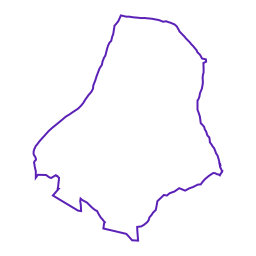 the district of Uhunmwonde, Edo, Nigeria
{"feature_id": "59680162B15998169506024", "entity_name": "Uhunmwonde", "entity_type": "district", "adm_level": 2, "iso_a3": "NGA", "parent_name": "Nigeria", "parent_adm1": "Edo", "projection": "mercator", "projection_center": [5.917, 6.501], "detail": "fine", "context": "isolated", "style": "outline", "palette": "violet", "viewbox_px": 256, "rotation_deg": 0, "n_neighbors": 0, "source": "geoboundaries", "source_scale": "gbopen_adm2", "svg_char_len": 2837}
<svg xmlns="http://www.w3.org/2000/svg" viewBox="0 0 256 256"><path d="M120.9,15.4L118.4,21.0L116.9,23.0L114.5,25.8L113.2,34.2L112.2,36.7L111.2,40.9L109.5,42.7L108.1,45.5L107.1,48.7L106.4,51.5L105.4,55.5L103.7,58.3L103.4,59.5L102.6,61.2L101.9,64.8L99.5,68.5L97.4,74.1L96.7,75.9L95.4,80.1L93.3,85.5L93.0,88.7L91.3,91.9L88.5,95.1L85.5,99.3L83.1,103.2L81.4,105.3L78.3,108.5L76.2,109.9L75.6,110.3L72.8,112.1L69.4,114.5L65.7,116.7L63.6,118.5L61.6,120.2L51.7,128.3L50.8,129.1L48.6,131.1L44.5,135.7L42.2,138.2L40.4,140.2L39.4,141.4L38.1,143.1L37.0,144.6L35.7,146.0L35.0,147.7L34.3,149.1L33.6,151.6L33.6,153.4L33.7,154.4L34.3,155.5L35.4,157.2L36.0,159.3L35.6,160.3L34.7,161.0L34.0,162.5L34.4,164.2L34.7,166.3L35.1,168.4L35.8,171.1L35.8,172.0L35.8,177.7L37.9,174.8L46.1,175.0L46.9,175.6L49.2,177.3L51.1,178.0L55.8,175.2L56.5,176.0L57.1,175.9L57.4,176.1L58.1,177.0L58.6,177.4L59.0,177.7L58.8,180.7L58.7,181.2L58.1,186.7L57.7,188.6L58.7,188.8L53.5,194.8L52.9,195.5L62.5,201.3L78.0,210.6L81.1,211.1L80.8,205.2L80.6,203.5L80.2,201.2L80.6,198.6L82.2,200.0L87.0,202.6L91.3,206.9L93.0,208.4L95.3,210.2L97.0,210.9L98.3,213.4L99.3,215.2L100.9,217.7L102.6,219.5L103.6,220.9L104.9,222.3L104.1,223.2L103.4,228.5L126.4,233.9L132.1,240.3L138.1,240.6L137.3,230.5L137.2,226.9L139.5,226.6L141.3,226.4L144.0,224.8L147.4,222.0L148.7,220.0L149.5,217.3L151.6,214.9L152.9,212.8L155.3,210.4L155.7,210.1L156.1,208.5L157.4,201.2L160.4,198.3L161.7,197.1L163.8,195.0L166.9,195.5L169.7,193.2L174.5,191.5L179.2,188.2L185.1,190.6L189.4,188.3L193.1,187.0L197.8,184.6L200.7,184.4L202.9,181.5L204.8,179.3L208.7,176.0L212.9,173.2L214.0,173.0L215.3,173.3L217.2,174.3L218.6,174.5L219.9,175.3L220.4,174.1L221.1,173.4L221.3,172.9L221.4,172.4L221.8,172.2L221.8,171.8L222.1,171.5L222.4,171.0L221.7,170.3L221.1,169.1L220.0,166.7L220.0,166.3L220.1,165.2L220.4,165.2L220.2,164.3L219.7,164.6L219.3,163.2L219.3,161.8L218.6,159.0L217.5,155.5L216.1,153.4L215.1,150.6L214.1,148.1L212.7,146.5L211.9,145.1L210.0,142.4L209.9,142.3L209.9,142.2L209.6,139.0L209.2,137.3L207.5,135.6L206.8,133.8L206.5,132.4L205.8,131.0L204.8,129.3L204.1,126.8L201.9,124.3L200.8,123.3L200.6,122.0L199.9,116.7L198.9,113.5L197.5,109.7L197.5,107.6L197.5,104.4L197.5,102.7L197.5,100.5L198.5,99.1L199.5,96.3L199.9,93.5L200.9,91.0L201.9,88.6L202.6,84.7L202.9,82.2L202.6,77.7L202.9,75.2L203.1,74.3L203.6,72.4L203.6,67.8L203.5,65.7L203.5,64.0L203.4,63.0L206.1,61.7L205.9,59.4L202.0,58.5L200.1,54.9L198.2,53.0L197.3,52.1L196.6,50.3L194.6,47.9L192.9,45.8L191.3,44.3L191.2,44.1L189.8,42.3L188.1,40.6L186.0,38.5L184.3,36.4L182.6,34.7L180.2,32.2L179.5,31.5L179.1,30.5L176.7,26.3L174.5,24.4L170.4,22.7L168.0,22.0L166.3,21.3L163.0,21.7L159.6,20.3L157.2,19.7L154.1,19.2L151.7,18.7L147.2,18.3L144.5,18.0L141.4,18.1L137.7,17.7L133.3,17.3L132.4,17.2L129.5,16.7L126.4,16.7L120.9,15.4Z" fill="none" stroke="#5b21b6" stroke-width="2"/></svg>